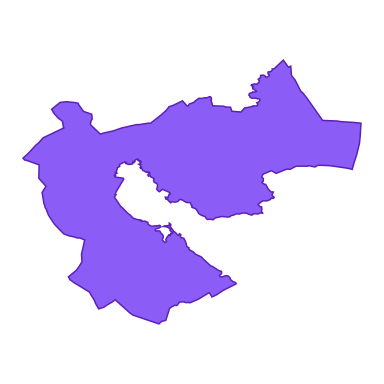 the district of Dagdas pag., Dagdas, Latvia
{"feature_id": "27541924B87793076838019", "entity_name": "Dagdas pag.", "entity_type": "district", "adm_level": 2, "iso_a3": "LVA", "parent_name": "Latvia", "parent_adm1": "Dagdas", "projection": "robinson", "projection_center": [27.556, 56.097], "detail": "fine", "context": "isolated", "style": "filled", "palette": "violet", "viewbox_px": 384, "rotation_deg": 0, "n_neighbors": 0, "source": "geoboundaries", "source_scale": "gbopen_adm2", "svg_char_len": 6017}
<svg xmlns="http://www.w3.org/2000/svg" viewBox="0 0 384 384"><path d="M23.0,158.2L24.6,160.0L26.3,160.3L39.1,164.8L38.8,178.2L46.0,186.3L42.1,192.4L43.9,203.5L44.8,205.7L45.0,207.2L46.1,209.1L48.5,215.2L54.5,224.3L63.8,233.9L68.8,235.8L75.0,237.1L77.3,238.0L80.0,238.0L84.7,240.0L81.5,254.3L82.0,261.7L79.4,266.0L76.5,270.1L68.4,276.9L70.0,279.7L73.9,282.6L89.5,292.1L91.1,295.1L93.5,298.8L95.2,302.1L95.4,303.2L98.7,308.9L104.1,307.1L106.4,305.4L112.4,301.9L115.2,299.8L129.4,312.5L132.9,315.1L158.9,323.9L161.8,321.3L165.8,320.4L169.5,308.6L172.0,306.6L173.1,306.2L174.3,305.3L176.5,305.5L177.4,305.1L178.4,303.5L179.8,302.0L183.8,301.9L186.1,302.7L188.9,302.4L189.8,302.9L198.5,299.1L209.3,292.6L212.0,297.0L216.4,294.9L223.7,290.1L236.1,283.9L236.0,283.2L234.6,282.0L233.5,282.0L230.7,279.7L230.2,279.1L229.9,277.5L228.2,276.1L226.6,275.6L224.5,276.0L222.4,276.9L220.3,276.6L219.6,275.9L219.4,275.3L221.5,273.7L221.7,271.9L221.5,271.4L218.7,270.5L212.7,266.6L210.5,265.7L203.0,258.8L201.6,257.1L195.6,254.2L193.4,252.0L189.4,249.7L188.8,248.9L189.0,247.8L187.1,246.7L186.8,246.2L185.8,242.3L183.9,238.3L181.1,237.6L180.3,236.0L180.9,235.0L180.6,234.4L179.5,233.7L178.4,235.2L177.6,235.0L177.0,234.5L176.6,233.7L174.6,231.8L173.9,231.6L172.3,229.2L170.8,227.9L171.0,227.6L169.9,225.3L170.8,225.1L170.8,224.4L169.3,223.2L169.2,225.0L168.7,225.6L164.3,225.9L163.4,226.5L166.1,226.6L169.2,228.1L169.3,228.6L170.5,229.0L169.9,230.3L170.1,230.6L172.4,232.5L172.7,233.1L172.3,233.6L170.8,233.4L170.3,235.7L169.8,235.6L169.3,234.7L168.7,234.9L168.4,235.6L167.1,237.0L165.9,239.3L165.8,239.9L166.5,241.0L165.9,242.3L164.8,242.4L162.5,240.2L162.5,239.2L163.3,237.3L163.3,236.3L162.8,234.9L160.6,232.6L160.0,231.2L158.8,230.8L156.0,231.0L155.3,230.6L155.3,229.6L155.7,229.0L158.9,228.1L159.6,227.4L160.7,227.0L160.8,226.5L160.0,225.5L159.4,225.3L157.9,225.7L155.0,225.8L152.7,226.3L151.1,226.1L148.2,224.4L147.8,222.4L145.5,221.2L141.8,221.3L140.7,220.7L141.4,220.2L141.2,220.1L137.2,219.5L133.9,218.5L133.2,218.2L130.3,215.1L128.0,213.5L121.5,206.9L120.9,206.7L114.4,197.0L116.0,194.7L115.1,194.5L116.0,192.1L121.9,182.1L123.7,179.4L123.3,178.2L115.0,177.0L114.4,175.8L115.2,175.6L114.6,175.2L115.1,174.7L115.0,174.3L115.8,174.0L115.8,173.5L116.8,173.2L115.7,172.2L116.6,172.0L116.5,170.9L117.1,169.5L117.3,167.6L118.5,167.2L119.8,166.2L119.4,164.9L120.4,163.9L122.0,163.4L122.7,162.6L123.4,162.6L124.4,162.1L125.8,162.1L126.4,162.9L125.6,163.0L125.6,163.4L128.6,164.5L129.7,164.1L130.7,164.4L131.7,164.2L132.5,163.9L132.4,163.3L132.7,162.7L133.4,162.8L133.0,161.7L134.4,162.0L135.0,161.6L134.5,160.7L136.0,159.5L136.7,159.1L137.7,159.2L137.3,159.7L137.9,160.0L138.5,159.9L138.7,160.1L138.4,160.5L139.8,160.7L139.5,161.2L140.3,161.4L139.9,161.9L140.0,162.2L141.0,162.1L140.6,163.3L140.1,163.7L140.1,164.1L139.4,164.2L140.0,164.5L139.3,164.6L140.3,165.2L140.6,166.4L141.1,166.9L140.1,167.6L140.2,167.8L140.7,168.4L141.5,168.2L141.5,168.7L142.0,169.0L142.9,170.6L144.3,170.9L144.9,171.6L146.7,172.3L147.3,171.8L148.9,172.1L149.4,172.5L148.2,172.8L149.6,173.7L147.8,174.9L148.7,175.4L148.4,176.0L148.6,176.2L150.3,175.8L150.6,176.7L151.1,177.1L154.1,178.6L153.5,180.1L153.9,181.7L154.5,182.4L156.8,183.6L157.5,184.8L157.4,186.6L156.7,189.1L157.0,189.7L158.8,191.5L159.7,191.7L161.7,189.8L162.6,189.4L169.8,192.5L170.3,194.0L169.1,194.1L168.2,197.2L165.2,197.2L166.1,199.3L167.7,198.9L167.8,200.0L168.7,200.7L169.3,201.7L170.8,202.8L171.0,202.6L170.7,202.3L171.3,201.9L172.5,201.7L175.0,202.2L177.4,201.6L178.3,201.1L178.9,200.6L179.2,199.7L179.9,199.4L182.3,200.0L186.2,202.4L190.3,202.8L190.9,203.4L191.0,204.9L192.1,205.8L192.0,206.7L191.7,207.1L192.0,207.4L194.8,208.4L196.2,209.3L199.0,213.8L201.6,215.4L205.0,216.5L206.4,218.7L207.5,219.5L210.3,219.2L213.0,219.8L215.3,217.9L221.9,216.5L228.3,217.1L230.3,216.5L231.0,215.7L233.9,215.0L236.1,213.9L239.4,214.0L243.1,212.9L247.0,213.3L248.1,214.0L251.5,215.1L252.7,214.7L253.1,213.9L254.1,213.7L258.0,214.0L260.7,212.9L262.7,213.2L262.7,212.9L261.5,211.7L261.9,209.0L261.7,208.8L261.7,206.9L260.3,206.7L258.1,204.7L258.1,204.3L262.8,200.8L266.4,200.9L267.8,200.6L270.5,199.4L271.1,198.3L273.5,198.3L274.2,197.3L272.9,196.3L272.0,194.9L273.3,192.0L270.9,191.9L268.1,188.8L265.7,184.4L264.4,184.2L262.4,183.0L262.1,183.0L262.1,181.9L263.2,181.3L263.4,178.5L261.7,177.1L262.5,175.1L263.6,173.9L271.5,170.7L276.1,173.4L286.8,169.1L290.2,169.3L296.1,166.2L307.7,166.2L308.1,165.6L315.0,167.0L318.0,165.2L330.1,165.7L347.3,168.2L352.2,169.4L354.3,162.0L356.7,154.8L359.5,143.2L360.2,136.0L361.0,123.2L353.4,122.4L341.4,121.7L337.1,121.0L322.6,120.4L306.7,97.8L302.7,92.8L300.7,91.1L295.0,79.8L291.5,75.6L290.8,66.2L288.4,67.2L283.3,60.1L274.2,68.7L272.1,69.0L272.3,70.1L271.2,71.3L270.2,71.7L268.2,71.9L267.9,72.9L268.1,73.9L269.4,74.9L269.3,75.4L268.0,76.6L267.0,77.0L265.8,77.1L264.8,75.7L263.4,75.1L260.6,75.4L260.5,77.4L258.2,79.3L259.5,81.4L258.5,82.9L256.1,84.4L254.9,83.9L251.7,84.6L251.2,85.4L251.4,85.8L252.5,85.8L253.4,86.8L252.7,87.1L252.5,87.6L252.8,88.8L255.8,90.5L256.5,91.4L254.4,92.1L252.8,91.9L252.4,92.5L249.4,93.4L248.9,95.3L249.6,95.9L250.1,97.3L251.7,98.2L255.7,98.1L257.4,98.9L258.3,98.7L259.4,99.0L259.9,99.4L259.8,100.6L258.2,102.2L256.8,102.8L257.9,104.2L257.4,104.9L257.4,105.6L257.1,105.9L253.6,105.9L252.9,106.5L252.7,106.1L251.2,106.8L244.5,108.0L241.1,112.0L231.9,111.3L230.5,107.2L225.5,107.0L223.8,106.2L212.7,105.8L211.2,100.5L210.9,100.4L211.4,99.6L211.4,98.0L210.4,96.7L209.6,96.7L206.8,97.8L204.4,97.8L201.8,98.5L199.0,98.2L195.0,101.1L193.9,102.4L189.3,104.0L188.2,106.0L186.9,105.8L182.5,100.8L172.8,105.5L169.0,106.7L166.7,109.9L161.4,114.7L150.5,123.3L148.5,123.1L139.9,124.5L136.0,124.7L121.6,128.0L113.2,130.9L103.4,133.1L100.3,134.1L90.4,124.6L90.9,121.4L92.2,119.0L91.7,114.2L83.5,111.4L78.6,104.5L78.2,103.3L75.2,102.6L66.4,101.7L60.1,102.4L51.6,109.3L53.5,112.4L53.4,112.7L58.0,117.9L62.4,121.2L63.4,127.0L63.9,127.9L43.3,137.7L38.5,143.0L35.8,145.2L28.4,153.2L23.0,158.2Z" fill="#8b5cf6" stroke="#5b21b6" stroke-width="1.5"/></svg>